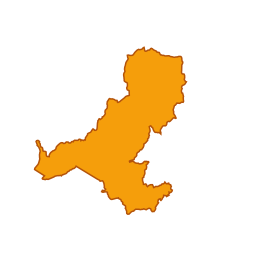 Itapeva, São Paulo, Brazil (Equal Earth projection), rotated 32°
{"feature_id": "56859067B49589279755893", "entity_name": "Itapeva", "entity_type": "district", "adm_level": 2, "iso_a3": "BRA", "parent_name": "Brazil", "parent_adm1": "São Paulo", "projection": "equal_earth", "projection_center": [-48.855, -23.896], "detail": "fine", "context": "isolated", "style": "filled", "palette": "amber", "viewbox_px": 256, "rotation_deg": 32, "n_neighbors": 0, "source": "geoboundaries", "source_scale": "gbopen_adm2", "svg_char_len": 5895}
<svg xmlns="http://www.w3.org/2000/svg" viewBox="0 0 256 256"><g transform="rotate(32 128 128)"><path d="M148.2,53.5L147.1,52.6L146.4,52.8L145.8,53.2L145.1,53.3L144.3,52.9L143.6,52.1L143.3,51.3L140.2,46.0L140.1,44.3L139.5,43.0L138.7,42.8L137.6,41.7L136.6,40.3L135.8,39.6L134.9,39.4L134.0,39.8L133.1,40.4L132.0,41.8L131.2,42.2L129.7,43.6L127.4,44.3L126.2,44.9L124.5,45.0L121.5,47.1L120.6,47.4L119.9,47.4L118.5,48.3L117.7,48.3L116.9,48.7L116.1,48.4L114.5,47.4L112.4,48.3L111.4,47.8L108.1,48.2L106.7,47.9L105.5,48.1L105.1,48.9L105.0,50.4L103.6,51.5L103.0,52.9L102.0,53.7L101.2,53.6L98.9,51.1L98.4,51.8L98.0,53.9L96.4,55.4L95.3,55.7L94.4,57.3L93.7,60.4L93.7,61.9L93.4,63.8L92.9,64.3L91.5,65.3L89.5,66.0L88.9,66.7L90.4,68.4L91.5,69.2L91.6,70.4L91.5,72.4L91.7,74.0L92.7,76.7L93.0,78.1L93.9,80.0L95.5,81.7L95.5,83.3L95.8,84.6L96.3,85.5L97.8,87.2L98.4,88.1L99.0,88.7L99.4,89.5L100.2,90.2L101.9,90.3L103.2,90.1L104.0,90.7L105.3,92.8L105.6,94.6L106.3,95.4L107.2,96.0L109.2,95.8L111.8,99.6L111.2,100.4L110.3,101.2L109.4,102.5L108.9,104.6L107.4,108.7L107.1,109.9L105.9,111.7L105.2,111.6L104.6,110.7L103.9,110.4L103.1,111.2L101.3,111.1L99.5,111.5L97.8,112.6L96.9,112.7L96.4,113.8L96.6,115.1L96.4,116.4L97.5,118.9L98.3,119.3L99.8,122.1L99.6,123.9L99.3,125.0L100.0,126.7L101.1,127.7L101.3,129.1L101.0,131.5L100.3,132.2L100.8,133.3L99.9,135.5L98.9,135.3L98.5,136.0L98.8,136.9L98.6,137.9L99.2,138.8L99.4,139.8L101.8,144.3L102.3,145.6L102.0,147.0L100.8,147.7L100.0,147.3L98.8,147.3L98.8,148.5L98.4,149.2L98.7,150.1L98.5,151.5L97.1,153.5L96.8,154.3L97.3,155.4L97.2,156.3L97.1,158.9L98.1,160.8L97.2,161.2L97.1,162.1L95.2,162.6L94.8,163.7L93.9,162.9L93.0,163.1L92.4,163.6L92.2,164.7L91.7,165.3L89.2,166.7L88.8,167.7L88.8,168.7L88.1,168.8L87.5,169.4L87.2,171.1L85.9,172.0L85.0,171.6L83.4,172.3L82.8,173.2L82.7,174.2L82.1,174.9L81.4,175.3L80.5,175.1L79.5,175.6L78.7,176.5L77.9,178.8L77.4,180.9L77.3,182.3L77.9,183.8L77.5,185.9L76.5,187.0L75.5,189.7L75.4,191.2L75.6,192.8L76.4,194.0L74.8,194.9L74.0,195.0L73.4,194.6L72.3,193.4L71.9,192.6L71.0,191.6L70.0,191.8L68.8,192.4L67.8,192.4L67.4,191.6L65.9,190.1L65.2,190.0L64.3,190.3L62.6,189.0L62.1,188.1L61.4,187.7L60.4,187.4L60.1,186.3L58.2,186.2L57.2,187.2L57.2,188.2L59.8,190.2L60.1,190.9L62.3,191.4L64.9,193.2L66.2,194.8L66.3,195.7L66.6,196.3L67.1,197.6L68.9,200.2L69.4,200.7L69.8,201.6L70.7,204.7L71.0,206.4L70.3,211.5L70.8,212.7L82.5,212.8L82.1,215.0L82.0,216.1L82.6,216.6L85.2,215.6L85.9,214.6L87.5,213.9L88.6,212.4L91.2,208.6L91.6,207.6L92.6,206.6L93.3,205.9L95.1,204.7L95.9,203.9L96.9,203.9L97.2,202.3L98.0,201.7L98.4,200.9L99.4,199.8L99.8,199.0L100.0,197.0L100.8,196.2L101.0,194.9L101.4,194.0L102.2,193.4L102.6,191.8L103.5,191.2L104.0,190.1L104.3,188.7L104.2,187.9L128.8,187.6L131.6,187.4L132.5,187.9L134.3,186.3L135.2,186.5L136.9,187.7L138.9,190.0L139.2,190.9L139.9,191.4L141.5,191.7L141.5,192.7L141.0,193.5L140.4,194.0L139.3,194.4L139.4,196.0L140.5,195.9L141.5,195.2L142.3,194.3L144.1,193.4L144.9,193.8L145.4,194.7L147.0,195.5L147.8,196.5L150.6,197.5L151.4,197.5L152.2,197.1L155.5,193.6L156.4,193.0L156.9,192.3L157.6,192.8L159.8,192.5L161.4,193.7L162.4,193.7L163.0,193.9L163.5,194.9L164.0,195.3L167.1,195.4L168.1,196.6L168.2,197.5L168.9,197.7L169.9,198.6L170.7,199.0L172.2,201.1L173.2,201.3L174.5,200.5L175.3,197.2L176.0,196.2L176.9,195.4L176.9,194.5L177.6,192.8L180.6,191.0L181.3,190.9L182.0,190.5L182.8,189.7L183.7,189.1L184.1,188.3L185.0,188.0L186.0,187.9L186.9,187.5L187.3,186.4L188.2,185.1L188.8,184.7L190.2,184.6L191.3,185.6L192.9,186.1L193.5,185.5L194.3,185.1L194.5,182.8L194.2,181.7L193.3,180.8L193.3,177.8L193.5,175.2L192.5,175.0L191.7,172.7L192.1,171.8L192.8,171.0L193.6,171.9L194.3,172.0L194.6,170.4L194.4,169.2L194.6,167.4L193.9,166.2L195.7,165.4L196.3,165.3L197.0,165.7L197.5,164.9L198.1,163.8L197.2,164.0L197.9,161.8L197.3,161.4L196.8,160.6L197.8,160.6L198.7,159.4L198.8,158.2L198.5,157.2L197.1,157.2L196.5,157.0L195.9,155.9L195.6,154.4L194.7,154.2L194.3,153.6L192.6,153.9L191.7,153.2L191.2,153.7L190.7,154.7L189.7,154.9L187.9,154.3L188.0,155.8L187.6,156.6L186.6,157.3L186.3,158.0L186.2,159.2L185.4,159.7L184.8,161.1L183.8,162.2L182.5,162.8L181.5,164.9L180.8,164.6L180.4,164.0L179.5,163.7L178.8,163.1L177.1,164.2L175.9,166.0L175.6,167.4L174.2,167.0L173.6,166.1L172.6,166.1L171.7,167.1L171.0,167.6L170.3,166.7L168.2,164.9L167.8,164.1L167.2,163.6L166.8,162.6L167.5,161.6L166.8,160.1L166.7,158.7L166.3,157.4L164.7,155.3L164.7,154.1L165.2,153.3L164.9,152.1L164.4,151.1L163.0,149.5L163.7,147.9L163.5,147.0L163.7,145.9L163.1,145.7L162.4,146.3L161.6,146.3L161.1,147.2L160.3,147.1L159.7,147.6L159.2,149.1L159.2,150.1L158.5,150.9L157.1,152.2L156.3,152.5L155.3,152.4L154.4,153.1L152.5,153.8L151.5,153.5L150.8,153.7L149.7,153.5L147.5,156.0L146.8,155.4L147.1,154.6L149.9,151.5L149.3,149.8L149.9,148.0L150.0,146.8L149.0,145.1L149.1,143.8L149.9,142.0L149.9,140.7L150.1,139.8L151.0,139.2L151.2,136.5L151.0,135.3L150.6,134.1L149.9,133.3L150.4,132.3L150.9,130.8L151.0,129.5L151.3,128.2L150.4,126.7L150.8,125.3L150.1,124.0L150.1,123.0L148.7,122.0L148.5,119.5L147.9,118.2L145.3,115.6L146.0,114.2L146.9,114.2L147.7,114.7L148.9,114.8L150.4,116.1L151.5,116.8L152.9,117.3L153.6,117.2L155.0,116.3L155.9,116.2L156.6,115.4L157.5,115.4L159.0,115.7L158.1,114.2L157.1,113.6L156.7,112.9L156.4,111.9L156.4,108.4L156.7,107.6L157.4,106.9L158.3,106.6L158.9,105.7L158.9,104.7L158.6,103.7L158.1,103.0L158.2,101.9L158.8,100.9L159.8,100.6L160.2,99.7L160.6,97.8L161.1,95.4L161.9,94.8L163.0,94.8L163.5,94.1L161.1,92.5L159.5,91.9L158.7,91.1L158.2,90.0L157.4,89.4L156.5,88.3L156.3,87.1L155.5,84.4L156.1,83.4L156.3,80.9L157.2,80.6L158.1,79.9L158.8,79.7L159.8,77.7L161.1,77.0L161.0,75.9L159.8,74.5L158.6,72.7L158.4,71.9L156.4,70.0L155.8,69.5L155.2,69.8L154.4,69.2L153.7,68.3L153.2,67.4L153.1,65.9L152.1,65.4L151.5,64.1L151.8,62.8L152.5,61.9L153.0,60.6L153.0,57.9L152.1,58.1L150.2,57.2L149.8,56.6L149.6,55.7L149.1,54.8L148.2,53.5Z" fill="#f59e0b" stroke="#b45309" stroke-width="1.5"/></g></svg>